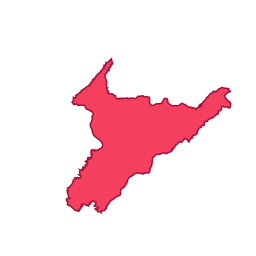 Dan Sai, Loei, Thailand (Robinson projection), rotated 223°
{"feature_id": "78962969B41697678812601", "entity_name": "Dan Sai", "entity_type": "district", "adm_level": 2, "iso_a3": "THA", "parent_name": "Thailand", "parent_adm1": "Loei", "projection": "robinson", "projection_center": [101.262, 17.217], "detail": "fine", "context": "isolated", "style": "filled", "palette": "rose", "viewbox_px": 256, "rotation_deg": 223, "n_neighbors": 0, "source": "geoboundaries", "source_scale": "gbopen_adm2", "svg_char_len": 5798}
<svg xmlns="http://www.w3.org/2000/svg" viewBox="0 0 256 256"><g transform="rotate(223 128 128)"><path d="M120.4,30.9L119.3,30.6L117.0,31.7L110.7,31.7L109.2,32.4L108.9,33.3L108.1,33.1L107.4,33.5L107.1,34.1L107.8,35.0L107.5,36.1L108.0,36.6L108.0,37.4L108.5,37.7L108.0,38.2L108.1,39.0L108.8,39.3L108.4,39.6L108.2,40.3L109.3,40.2L109.0,40.7L109.2,41.8L108.1,42.6L105.6,43.0L104.7,43.8L103.9,43.8L104.2,45.4L103.7,46.4L105.2,47.2L104.1,48.1L103.9,49.1L104.1,50.4L103.3,51.2L100.3,51.4L99.7,50.4L99.6,48.2L99.3,47.7L98.1,48.7L95.3,49.4L95.1,47.2L96.5,47.2L96.8,46.4L95.6,46.3L94.1,46.8L93.0,46.1L91.2,47.7L90.2,47.7L90.5,47.9L90.1,49.3L90.5,49.9L88.8,51.7L89.3,53.1L89.0,53.5L89.3,54.0L89.1,54.3L90.3,56.7L90.0,56.9L90.6,58.1L90.4,59.6L91.1,61.7L90.8,62.5L91.1,62.8L90.8,64.5L90.3,65.0L89.5,70.4L88.6,71.9L88.1,73.8L88.6,75.0L90.9,77.3L90.9,77.9L91.6,78.5L90.4,81.9L91.1,82.7L90.7,84.3L91.3,85.6L91.1,86.2L91.6,86.6L91.4,87.0L92.2,87.5L91.9,88.4L93.2,90.6L93.4,92.7L92.1,96.9L92.0,98.7L90.9,101.1L89.5,102.0L88.3,103.5L86.6,103.9L86.2,104.6L85.5,104.8L85.3,106.2L84.6,106.7L84.2,107.8L82.5,108.7L82.1,110.4L84.1,113.3L85.1,116.9L89.6,122.9L89.2,127.7L89.0,128.6L86.9,130.3L85.5,133.7L82.3,135.6L81.6,137.9L80.4,140.1L80.4,142.7L81.4,142.6L81.7,143.1L80.5,145.5L81.7,147.6L81.0,149.1L81.2,152.5L79.9,153.4L79.0,154.7L79.3,159.1L77.3,159.6L76.8,160.1L74.9,159.3L73.9,159.3L74.9,162.5L74.0,165.1L75.3,165.7L75.4,166.8L74.4,168.0L73.5,170.7L74.1,171.9L75.2,172.9L75.2,174.8L75.8,175.3L75.8,176.1L75.6,177.4L74.9,178.2L75.5,179.8L74.2,181.9L74.6,182.2L75.7,184.1L75.9,185.8L74.9,186.4L74.6,187.1L75.1,189.4L74.7,189.8L72.7,193.9L72.6,198.7L71.8,199.0L71.6,199.6L73.5,202.2L72.3,203.4L72.2,204.9L73.9,207.4L74.0,208.1L71.5,209.4L70.3,210.7L67.9,211.5L67.3,212.1L67.8,213.8L69.6,215.9L70.9,216.5L71.6,216.1L72.9,216.4L74.5,215.9L76.1,216.6L76.9,216.2L78.9,217.2L79.5,218.6L79.3,221.7L78.1,224.5L80.1,224.6L81.4,225.4L81.8,224.7L82.8,224.4L85.1,222.6L87.2,221.6L87.4,219.7L88.1,218.9L88.4,217.5L88.4,216.5L88.0,216.2L87.9,215.6L88.9,214.6L88.8,213.9L90.1,213.8L90.6,212.3L90.2,211.0L90.5,210.8L90.4,210.2L91.2,209.5L91.2,208.3L90.9,206.3L91.2,203.6L90.6,201.8L90.9,197.5L90.4,196.5L91.0,195.2L90.4,195.5L90.4,194.6L89.9,194.4L90.1,194.1L91.0,194.1L90.7,193.6L90.1,193.9L89.9,193.4L89.5,193.6L90.0,192.2L91.0,192.4L90.6,191.7L91.5,188.7L91.0,188.3L94.4,187.3L94.8,186.5L96.4,186.0L97.8,184.6L101.7,184.1L105.4,182.9L106.5,178.1L108.0,177.4L110.7,174.4L115.3,173.5L116.2,173.8L118.7,176.0L119.8,176.0L120.2,175.4L121.4,174.8L121.5,174.0L120.5,170.3L120.5,168.4L124.0,164.7L124.7,162.3L125.5,161.2L127.1,160.4L128.8,160.9L130.0,161.7L131.1,162.8L131.4,163.6L132.0,163.7L133.2,165.1L135.7,163.7L137.3,161.6L138.2,162.0L139.1,161.7L139.5,161.0L140.3,160.5L140.5,159.7L142.4,157.9L142.3,155.2L142.6,154.7L145.8,152.4L146.8,151.3L146.8,150.2L148.8,149.7L148.9,149.0L149.7,148.7L150.5,147.4L152.1,146.5L152.1,145.2L154.2,144.5L154.1,143.2L155.1,143.1L155.5,142.2L157.8,142.0L159.3,143.0L160.5,142.3L162.5,142.4L164.0,141.0L165.7,140.5L166.0,140.0L167.2,140.2L166.9,140.7L167.1,141.2L168.0,141.6L170.1,141.6L170.4,143.5L171.1,143.2L172.0,143.7L172.3,144.3L173.1,144.6L174.1,145.9L174.1,146.5L178.4,149.2L179.5,149.6L181.3,151.4L181.0,152.6L181.4,152.9L181.3,154.5L182.4,155.9L182.2,156.6L181.1,156.6L181.1,157.1L181.5,157.8L183.1,159.3L183.1,159.7L182.2,160.3L182.8,161.7L183.7,162.2L183.3,162.8L183.8,163.2L182.9,164.3L183.5,165.1L185.3,165.5L185.5,166.1L186.4,166.2L187.3,167.2L187.7,161.6L188.1,161.0L188.7,160.8L187.8,160.1L187.9,158.7L187.2,158.3L188.2,157.4L187.1,157.1L187.5,155.7L186.2,155.3L186.9,153.7L186.5,152.8L186.9,151.6L186.8,151.1L186.2,150.9L186.7,149.2L186.3,148.7L187.1,146.5L186.2,145.2L186.6,144.7L186.3,143.9L186.7,143.7L186.2,143.2L186.4,142.4L185.9,141.6L186.6,140.9L186.7,139.6L186.0,139.4L186.1,139.0L186.5,139.1L186.5,138.6L185.6,137.5L186.2,136.7L185.8,136.5L186.0,135.4L185.5,135.0L185.4,134.2L186.0,133.5L185.2,133.2L185.4,132.8L185.1,131.8L185.8,131.5L186.5,129.7L186.5,127.6L187.0,126.6L186.8,126.1L187.6,124.1L187.5,122.8L186.9,122.0L187.7,120.2L187.6,117.7L188.3,117.2L188.0,116.8L188.3,115.8L186.9,114.9L186.8,114.5L187.5,114.2L188.0,113.2L188.6,113.1L187.9,112.6L187.9,111.9L186.8,111.4L186.5,108.7L183.6,108.2L183.0,109.4L181.6,110.5L180.1,110.5L179.6,111.2L178.8,111.6L177.9,113.1L176.8,113.5L175.6,114.9L174.3,114.8L172.9,113.9L171.2,113.5L167.9,114.8L166.8,114.8L165.3,115.6L164.8,115.1L163.4,115.1L162.8,114.4L162.0,111.5L160.6,110.7L159.8,109.5L158.0,104.6L155.6,103.1L153.3,102.2L149.5,99.8L147.4,99.2L138.6,99.9L135.0,98.5L133.8,96.4L134.1,95.8L133.9,94.7L134.6,93.3L134.8,91.8L135.6,91.1L135.5,90.0L135.9,89.4L136.9,89.2L136.7,88.9L137.0,88.6L137.3,89.0L137.3,88.3L137.8,88.6L138.4,87.9L139.2,88.0L139.7,86.5L138.8,85.8L138.8,85.1L138.3,85.2L137.7,84.8L137.5,84.0L136.5,84.2L136.7,83.8L136.2,83.9L135.6,83.1L135.7,82.3L134.9,82.0L134.5,81.4L134.8,80.8L134.5,80.5L134.6,79.8L135.6,80.7L135.9,79.8L136.7,79.6L136.9,79.1L136.6,79.1L137.1,78.7L136.0,77.7L135.6,77.9L135.7,77.5L135.4,77.7L135.1,76.8L135.8,75.4L135.7,74.9L135.9,74.8L136.0,75.2L136.4,74.4L134.6,74.4L134.1,75.0L133.3,74.2L133.3,73.7L133.0,73.4L132.8,73.7L132.9,73.0L133.5,72.4L134.4,71.9L134.8,72.0L134.0,71.6L133.1,71.5L133.1,70.9L132.6,70.5L132.7,68.9L133.3,69.4L134.3,69.0L134.2,68.5L133.6,68.5L133.5,66.7L132.9,66.8L132.3,66.3L133.2,65.2L134.8,64.6L134.0,64.4L133.3,62.5L131.5,61.6L131.3,61.1L131.9,60.3L129.9,60.9L129.4,60.5L128.9,59.2L129.6,58.7L130.0,57.3L131.0,57.6L131.4,56.3L132.6,56.0L132.9,55.5L131.8,55.0L132.5,52.7L131.0,50.0L130.7,48.0L130.6,45.1L131.3,42.6L130.4,42.6L129.1,41.8L129.1,41.1L129.8,40.6L128.4,39.8L128.2,39.2L127.6,39.1L123.6,36.7L122.7,37.1L122.7,36.4L124.4,35.2L124.4,34.0L124.1,33.3L122.6,32.7L121.3,32.9L120.4,30.9Z" fill="#f43f5e" stroke="#9f1239" stroke-width="1.5"/></g></svg>